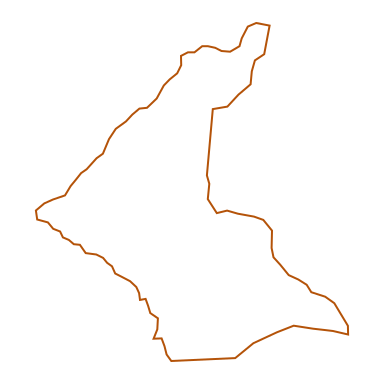 Brazabrantes, Goiás, Brazil (Mercator projection)
{"feature_id": "56859067B50932021579318", "entity_name": "Brazabrantes", "entity_type": "district", "adm_level": 2, "iso_a3": "BRA", "parent_name": "Brazil", "parent_adm1": "Goiás", "projection": "mercator", "projection_center": [-49.38, -16.374], "detail": "fine", "context": "isolated", "style": "outline", "palette": "amber", "viewbox_px": 384, "rotation_deg": 0, "n_neighbors": 0, "source": "geoboundaries", "source_scale": "gbopen_adm2", "svg_char_len": 1260}
<svg xmlns="http://www.w3.org/2000/svg" viewBox="0 0 384 384"><path d="M269.6,25.6L256.2,23.0L247.8,26.6L241.7,38.4L239.5,46.2L230.1,51.7L221.5,51.0L215.2,47.8L207.9,46.2L202.2,46.2L194.5,52.3L188.0,52.3L181.0,55.9L181.2,65.2L177.2,73.3L169.7,79.4L163.8,85.5L156.7,98.5L147.0,107.8L139.4,108.6L132.3,114.6L126.0,121.4L115.8,128.8L109.0,139.1L102.9,153.7L96.6,158.2L86.7,169.2L81.1,173.1L75.8,179.8L70.6,186.1L65.0,195.4L53.0,199.5L44.3,203.4L35.9,210.5L37.2,219.5L47.9,222.4L53.2,228.8L60.1,231.5L62.9,237.4L68.8,239.9L73.8,244.2L79.9,244.8L85.7,253.1L96.3,254.5L103.1,257.9L107.1,262.8L112.0,266.3L115.2,273.5L121.3,276.6L130.1,281.2L136.3,287.0L139.1,293.1L140.0,299.9L145.6,298.9L148.1,305.8L150.3,313.1L157.9,318.3L157.3,329.4L153.6,338.7L161.6,338.4L164.5,346.2L166.6,354.5L171.3,361.0L235.2,358.1L253.4,343.2L276.9,332.3L293.7,325.7L313.1,328.7L324.6,330.0L333.0,331.0L348.1,334.5L347.9,325.8L334.3,303.2L325.2,296.7L311.3,292.2L306.7,284.8L298.3,279.5L288.7,275.1L280.3,264.8L273.5,257.3L271.6,248.0L272.0,230.6L263.3,219.9L254.0,216.6L237.9,213.7L227.1,210.6L216.8,213.1L207.8,199.1L209.3,183.8L206.9,175.4L212.8,109.1L227.4,106.6L238.5,94.6L250.6,84.3L251.8,71.3L254.9,60.4L264.2,54.2L269.6,25.6Z" fill="none" stroke="#b45309" stroke-width="2"/></svg>